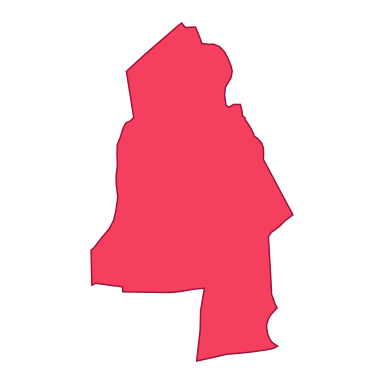 Saensokh, Phnom Penh, Cambodia (Natural Earth projection)
{"feature_id": "14789045B60283384180487", "entity_name": "Saensokh", "entity_type": "district", "adm_level": 2, "iso_a3": "KHM", "parent_name": "Cambodia", "parent_adm1": "Phnom Penh", "projection": "natural_earth1", "projection_center": [104.865, 11.597], "detail": "fine", "context": "isolated", "style": "filled", "palette": "rose", "viewbox_px": 384, "rotation_deg": 0, "n_neighbors": 0, "source": "geoboundaries", "source_scale": "gbopen_adm2", "svg_char_len": 1482}
<svg xmlns="http://www.w3.org/2000/svg" viewBox="0 0 384 384"><path d="M292.9,214.8L278.9,188.6L263.3,159.3L263.4,157.5L263.6,154.4L263.3,147.8L261.6,143.0L257.4,138.3L254.0,136.0L253.5,133.8L250.9,128.4L248.5,124.5L245.4,120.0L244.8,117.5L242.5,115.7L241.8,109.9L240.4,104.5L233.9,104.4L228.4,107.3L225.9,105.0L225.3,100.1L224.9,97.7L224.6,94.8L225.3,87.6L227.9,82.9L230.9,78.1L232.2,71.4L230.9,65.6L227.8,58.1L224.7,52.2L219.7,46.7L213.7,44.2L208.5,44.3L201.7,43.4L199.9,37.9L197.9,32.9L195.5,27.1L192.8,27.1L186.3,27.5L184.3,26.5L181.8,23.0L177.7,26.0L143.7,55.5L126.4,71.4L133.7,117.4L130.6,120.8L125.8,123.0L123.4,127.5L120.3,137.2L117.3,144.6L117.0,153.3L117.4,165.4L116.1,176.0L116.3,184.7L117.8,196.9L116.6,206.1L115.4,213.1L113.6,220.4L109.4,228.5L102.6,236.6L98.6,241.6L94.7,246.8L93.5,248.3L91.1,250.1L91.8,285.1L95.4,283.4L99.0,283.7L107.8,284.9L114.4,285.9L118.8,286.2L122.7,287.1L122.7,291.8L166.3,292.5L174.0,292.2L181.8,291.3L189.2,289.9L194.5,289.1L199.8,288.6L204.4,288.3L200.6,310.8L200.2,329.7L196.9,358.8L196.7,361.0L203.7,359.5L214.4,357.1L226.3,354.3L240.3,353.1L248.7,352.3L254.6,351.5L265.0,350.0L266.5,349.7L268.8,349.3L271.1,348.9L273.7,348.2L277.6,346.1L274.0,343.8L271.9,342.1L270.0,339.5L267.8,334.5L266.7,328.4L266.6,324.7L268.6,318.4L271.1,314.4L274.4,310.7L277.1,308.1L274.8,303.4L272.9,297.7L271.6,294.5L270.8,278.5L268.4,236.6L271.2,232.5L279.3,226.5L284.5,221.2L289.5,217.4L292.9,214.8Z" fill="#f43f5e" stroke="#9f1239" stroke-width="1.5"/></svg>